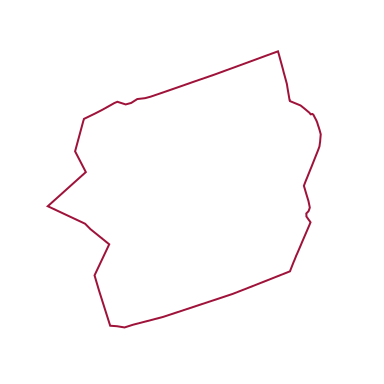 outline of Um Kadadah, North Darfur, Sudan, rotated 341°
{"feature_id": "16777658B38169285241768", "entity_name": "Um Kadadah", "entity_type": "district", "adm_level": 2, "iso_a3": "SDN", "parent_name": "Sudan", "parent_adm1": "North Darfur", "projection": "orthographic", "projection_center": [27.208, 13.486], "detail": "fine", "context": "isolated", "style": "outline", "palette": "rose", "viewbox_px": 384, "rotation_deg": 341, "n_neighbors": 0, "source": "geoboundaries", "source_scale": "gbopen_adm2", "svg_char_len": 1607}
<svg xmlns="http://www.w3.org/2000/svg" viewBox="0 0 384 384"><g transform="rotate(341 192 192)"><path d="M250.3,88.3L230.5,88.3L212.2,88.4L184.0,88.4L178.2,88.0L170.5,86.3L163.5,88.0L157.8,87.6L150.8,82.4L147.6,82.6L143.3,83.4L133.2,85.2L125.4,86.3L113.7,87.7L112.4,89.4L94.7,115.5L98.1,138.6L51.0,158.5L67.4,174.4L80.6,187.2L83.9,194.1L96.7,214.5L72.7,239.1L72.0,254.8L71.1,291.8L77.4,294.5L83.0,297.5L84.1,298.1L93.0,298.3L124.0,300.7L197.4,301.6L218.9,300.7L258.8,298.9L259.1,298.6L259.8,297.7L265.7,290.8L266.4,290.1L269.5,286.5L269.8,286.1L271.0,284.9L277.0,278.3L277.3,278.0L279.4,275.6L287.5,266.7L290.4,263.5L291.3,262.5L292.5,261.2L294.2,259.2L293.9,258.3L293.8,257.7L293.5,257.0L293.5,256.9L292.5,253.4L292.2,252.5L292.4,251.8L292.6,251.3L293.1,249.5L295.3,248.4L296.0,248.0L296.5,247.4L297.1,246.7L298.3,245.1L298.8,241.4L299.2,238.2L299.2,237.2L299.5,229.4L299.7,225.3L299.8,222.6L301.1,221.0L302.6,219.2L305.5,215.9L311.3,209.2L312.9,207.4L320.7,198.3L324.5,193.9L327.2,190.6L327.5,190.1L328.8,187.5L329.5,186.2L330.7,183.4L332.5,179.4L332.8,175.0L332.9,171.9L332.9,169.6L333.0,167.4L333.0,166.7L332.9,165.5L332.9,165.0L332.3,161.1L331.9,158.4L331.6,158.0L331.3,157.5L331.0,157.3L330.7,157.3L330.2,157.3L329.8,157.3L329.5,157.2L329.3,156.8L329.3,156.5L328.8,155.3L328.5,154.7L327.8,153.6L327.5,153.1L326.7,151.7L322.9,145.6L321.1,144.0L314.4,138.1L314.2,137.9L314.4,136.8L314.2,136.7L315.9,126.3L316.3,123.9L316.6,122.4L316.9,120.4L317.5,111.5L317.7,108.1L317.9,106.2L318.8,92.4L318.9,91.1L319.1,87.0L307.5,87.2L251.6,88.3L250.3,88.3Z" fill="none" stroke="#9f1239" stroke-width="2"/></g></svg>